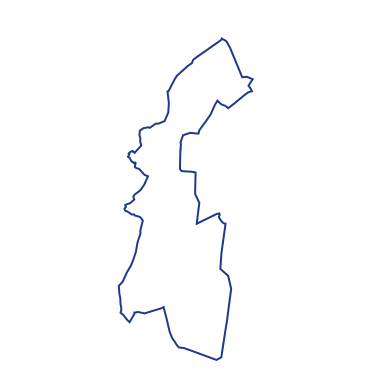 the district of Udi, Enugu, Nigeria, rotated 195°
{"feature_id": "59680162B18977545928744", "entity_name": "Udi", "entity_type": "district", "adm_level": 2, "iso_a3": "NGA", "parent_name": "Nigeria", "parent_adm1": "Enugu", "projection": "natural_earth1", "projection_center": [7.382, 6.448], "detail": "fine", "context": "isolated", "style": "outline", "palette": "blue", "viewbox_px": 384, "rotation_deg": 195, "n_neighbors": 0, "source": "geoboundaries", "source_scale": "gbopen_adm2", "svg_char_len": 2595}
<svg xmlns="http://www.w3.org/2000/svg" viewBox="0 0 384 384"><g transform="rotate(195 192 192)"><path d="M263.1,212.8L262.8,212.7L262.5,212.6L262.3,212.5L263.0,209.5L261.5,209.0L260.6,208.5L260.0,207.7L258.5,206.1L257.8,205.7L257.5,205.9L257.1,205.8L256.7,205.5L256.1,205.2L255.6,204.8L254.9,204.6L254.6,205.2L254.7,205.6L254.2,205.7L253.8,204.8L253.9,203.6L253.8,202.5L253.8,201.5L252.2,200.7L249.0,200.6L242.4,196.3L238.6,195.8L240.0,186.8L241.9,181.3L243.2,179.1L246.8,174.6L247.3,173.2L247.2,171.7L245.8,169.8L248.9,165.1L249.6,164.8L250.4,164.1L251.2,163.7L253.1,162.3L252.8,161.5L252.0,160.7L252.1,159.8L252.9,158.6L252.3,157.3L251.3,156.6L249.7,156.5L247.4,155.8L244.6,154.7L242.0,155.3L241.2,154.5L236.4,154.5L234.8,153.9L232.1,151.6L231.9,141.1L231.0,138.5L231.5,131.5L231.5,128.1L230.7,119.7L231.2,110.8L231.9,105.4L234.1,97.4L235.7,87.5L238.4,82.4L236.0,75.4L233.6,70.4L232.1,65.4L230.4,61.9L229.7,59.5L229.8,56.9L226.7,55.6L223.0,52.9L221.2,51.5L218.6,50.1L216.5,57.9L216.2,58.5L216.2,59.8L216.4,60.7L215.2,61.0L213.2,62.2L211.8,62.2L206.3,62.5L197.9,67.8L191.7,71.6L189.6,73.5L189.3,72.8L182.8,61.4L181.0,57.9L177.3,51.1L174.3,47.0L172.6,45.1L172.3,44.8L170.1,43.1L167.6,40.7L164.6,38.5L159.6,39.1L159.3,39.2L137.7,37.3L124.9,36.1L120.9,39.9L123.5,63.3L125.0,77.6L125.7,82.7L127.4,95.5L128.1,100.8L128.1,101.0L128.2,101.8L128.4,103.0L128.7,105.4L128.8,106.3L129.1,108.6L135.3,120.3L144.7,125.1L147.7,140.2L151.4,170.1L153.6,170.0L156.5,171.8L159.6,174.7L159.4,177.1L160.1,178.4L162.7,177.0L179.2,162.6L181.3,177.3L182.1,183.4L188.4,190.8L188.8,192.1L193.6,211.8L197.4,211.5L207.5,209.5L209.6,211.1L214.1,229.6L213.9,229.7L215.1,235.2L215.5,236.2L216.0,236.8L215.5,242.2L215.3,244.5L209.0,248.7L203.7,249.5L200.9,250.1L200.9,253.5L198.5,259.9L196.5,264.9L194.1,271.7L192.4,282.2L191.1,286.8L189.4,285.8L186.1,284.2L183.9,284.0L181.9,283.8L180.5,283.2L178.7,282.3L173.2,289.6L168.9,295.7L166.2,299.5L163.6,302.7L160.2,304.9L163.1,307.9L164.0,308.6L164.9,309.3L163.8,312.9L163.2,314.7L162.6,316.7L168.9,317.5L173.2,315.8L178.9,323.3L193.0,341.7L198.1,346.7L203.0,347.9L202.9,346.8L204.5,344.8L204.7,344.5L206.5,342.4L222.9,322.9L225.0,320.0L225.6,316.2L228.3,313.2L236.9,300.1L236.8,299.8L237.9,296.6L239.3,290.2L240.8,283.1L241.7,282.8L237.9,273.3L237.2,271.3L235.5,262.5L236.8,253.4L242.2,249.3L244.7,248.7L249.3,243.1L250.6,243.3L255.3,241.2L258.3,237.7L257.4,233.1L255.9,230.7L255.0,227.1L253.0,223.8L257.5,215.1L258.0,215.5L258.7,215.3L259.2,215.5L259.8,216.3L261.4,215.3L261.9,214.8L262.3,214.1L262.9,213.3L263.1,212.8Z" fill="none" stroke="#1e3a8a" stroke-width="2"/></g></svg>